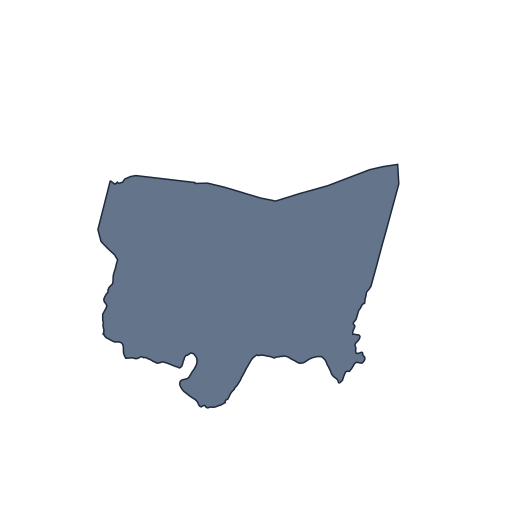 Thamazo, Dennery, Saint Lucia, rotated 50°
{"feature_id": "8701671B30671419360126", "entity_name": "Thamazo", "entity_type": "district", "adm_level": 2, "iso_a3": "LCA", "parent_name": "Saint Lucia", "parent_adm1": "Dennery", "projection": "natural_earth1", "projection_center": [-60.943, 13.934], "detail": "fine", "context": "isolated", "style": "filled", "palette": "slate", "viewbox_px": 512, "rotation_deg": 50, "n_neighbors": 0, "source": "geoboundaries", "source_scale": "gbopen_adm2", "svg_char_len": 6073}
<svg xmlns="http://www.w3.org/2000/svg" viewBox="0 0 512 512"><g transform="rotate(50 256 256)"><path d="M398.1,274.1L398.9,273.9L399.5,273.8L400.1,273.6L401.2,273.4L402.8,273.2L403.3,273.2L404.4,273.4L404.6,273.5L405.2,273.8L405.8,274.1L406.0,274.2L406.3,274.1L406.6,273.9L407.0,273.4L406.8,269.7L404.2,265.5L402.4,261.8L402.8,260.4L404.4,258.6L403.8,255.5L403.1,253.1L401.8,249.8L401.9,247.4L405.4,244.5L406.2,243.7L406.1,241.8L405.7,240.3L405.2,239.2L405.0,238.9L404.0,238.1L402.9,237.7L402.2,237.7L400.7,237.9L400.2,237.6L399.8,237.3L399.3,236.9L398.8,236.7L398.3,236.6L397.7,236.9L397.5,237.1L397.2,237.9L396.9,239.3L396.2,240.0L395.7,241.2L394.9,241.7L394.4,241.6L393.4,241.2L392.8,240.7L391.8,239.8L391.2,239.1L390.7,238.7L389.8,238.2L388.2,237.7L387.8,237.4L387.3,236.8L387.0,236.1L386.8,235.3L386.6,232.7L386.2,231.0L385.6,229.5L385.0,228.6L384.5,228.1L383.9,227.9L383.2,227.9L382.5,228.1L382.2,228.3L381.1,229.4L379.7,230.5L378.7,231.5L378.5,231.8L378.1,232.2L377.8,232.0L377.3,231.6L376.6,230.9L375.9,230.0L375.0,228.3L374.0,226.3L373.5,225.6L373.1,225.2L372.3,225.1L371.8,225.1L371.3,225.2L370.7,225.1L370.2,224.8L369.8,224.3L369.6,223.8L369.4,222.9L369.1,221.0L368.9,220.1L368.5,219.5L365.6,215.1L364.7,213.8L364.4,213.2L364.0,212.7L363.8,212.2L363.6,211.7L363.4,211.1L363.3,210.1L362.3,207.6L361.8,206.8L361.7,206.3L361.6,205.2L361.6,204.0L361.8,203.6L362.1,203.3L360.4,201.4L359.0,200.0L357.1,197.2L355.5,195.5L354.7,194.4L354.1,190.7L353.1,187.4L341.3,170.3L328.1,151.5L320.4,140.2L309.1,124.0L292.6,100.3L276.9,88.6L269.1,101.4L262.9,113.5L248.3,155.8L236.1,182.7L226.5,205.7L214.3,215.4L182.8,236.1L169.0,246.3L161.3,256.0L160.4,255.6L117.1,296.4L114.4,301.2L112.7,307.1L113.7,310.7L112.0,314.7L110.3,314.7L110.3,317.9L105.2,319.1L105.0,319.7L134.1,360.1L145.1,365.3L146.9,365.3L155.3,364.7L160.2,364.1L164.2,363.5L167.0,364.1L169.9,364.4L172.8,368.7L174.9,371.4L177.0,374.8L179.1,377.8L181.4,380.0L183.5,381.8L185.1,383.9L185.3,386.1L185.6,388.8L186.9,391.3L188.5,392.5L189.0,395.3L190.0,398.0L191.3,400.5L193.7,401.7L195.8,401.7L197.6,402.0L199.2,403.5L202.1,410.9L204.9,413.3L207.3,415.1L208.6,415.4L210.2,417.3L211.7,418.5L214.9,420.0L217.0,422.2L217.3,423.0L217.6,422.5L218.2,423.1L218.4,423.1L219.1,423.2L219.3,423.3L220.5,423.3L220.8,423.4L221.5,423.4L221.8,423.3L222.5,423.1L222.9,423.0L223.7,422.7L224.5,422.3L225.5,421.9L226.3,421.6L226.5,421.6L227.1,421.4L228.3,420.8L229.4,420.4L229.7,420.2L230.8,419.7L231.1,419.5L231.3,419.2L231.6,418.7L231.8,418.6L231.9,418.4L232.3,417.9L232.5,417.5L232.7,417.4L233.4,416.6L233.6,416.5L233.8,416.2L234.3,415.8L234.6,415.7L234.8,415.5L235.0,415.4L235.3,415.3L235.9,415.0L236.6,414.9L237.6,414.9L237.9,415.0L238.0,415.0L238.3,415.1L238.8,415.3L239.0,415.3L239.6,415.6L240.6,416.3L241.5,417.0L241.8,417.1L242.7,418.0L243.4,418.5L243.5,418.6L244.1,419.1L244.5,419.4L245.4,420.0L245.6,420.0L246.3,420.3L247.1,420.6L247.6,420.8L250.6,421.5L251.1,420.9L251.7,420.0L251.9,419.7L252.4,419.1L252.8,418.5L253.1,418.1L253.4,417.7L254.5,416.3L254.6,416.1L254.9,415.8L255.7,415.3L256.1,415.1L256.3,414.9L256.6,414.8L256.7,414.6L257.0,414.5L257.2,414.2L257.4,414.0L257.9,413.3L258.1,413.2L258.2,412.8L258.3,412.6L258.7,411.4L258.8,411.1L258.8,410.9L258.8,410.7L258.9,409.9L259.0,409.4L259.2,408.9L259.7,408.2L261.6,407.5L262.1,406.8L262.6,406.2L262.9,405.9L263.5,405.5L264.2,405.1L264.4,405.0L264.8,405.0L265.3,404.8L265.6,404.6L266.4,404.1L267.3,403.7L268.4,403.2L269.1,402.9L269.8,402.8L270.4,402.6L272.1,401.8L272.9,401.3L273.2,401.2L273.9,401.0L274.3,400.9L274.5,400.6L275.0,399.9L275.6,399.0L276.0,398.1L276.1,397.7L276.3,397.2L276.8,396.3L277.1,395.7L277.4,395.3L277.6,395.0L278.4,394.7L279.0,394.2L280.1,393.5L281.0,392.9L281.8,392.5L282.4,392.2L283.5,391.5L284.5,391.0L285.2,390.7L286.1,390.1L286.8,389.8L289.7,388.2L290.3,387.6L292.3,386.8L292.8,386.0L292.7,383.7L291.8,382.0L291.1,381.1L290.0,379.6L288.9,377.4L288.1,376.5L287.7,375.5L287.1,373.5L287.8,372.4L288.1,371.4L288.2,369.0L288.8,367.9L290.8,366.6L294.5,366.7L296.2,367.2L298.6,368.7L300.3,370.6L301.4,372.4L301.5,372.7L303.0,376.4L303.6,379.0L305.0,383.0L305.9,385.9L305.7,387.3L305.3,388.5L304.1,390.9L303.3,392.5L303.3,394.6L304.0,395.7L305.4,397.0L307.5,397.8L309.9,398.3L313.4,398.3L319.9,396.9L321.4,396.6L324.4,395.7L327.0,394.8L330.1,394.7L331.3,395.0L333.4,395.6L334.7,395.7L335.3,395.5L336.4,395.0L336.5,393.7L337.1,391.9L337.9,391.3L339.0,391.5L340.0,391.3L341.1,390.9L341.7,389.8L342.3,388.1L344.3,386.1L345.4,384.4L346.1,382.6L346.5,380.9L347.2,379.8L347.5,379.2L348.4,374.2L348.5,374.0L348.4,374.0L347.3,372.7L347.0,371.7L347.2,371.0L347.5,369.7L347.0,368.4L345.0,363.8L344.4,361.5L344.2,358.6L343.4,357.0L343.1,354.2L342.4,351.7L341.0,347.6L339.9,345.5L339.7,345.1L339.3,343.8L338.3,341.3L337.6,339.5L335.7,335.1L334.8,332.4L334.2,331.0L333.8,329.6L333.5,328.9L333.1,327.9L332.4,325.7L332.3,325.1L332.1,324.2L332.1,323.0L332.0,321.9L332.1,321.2L332.2,320.1L332.3,319.4L332.5,318.8L333.2,318.5L334.0,317.9L334.3,317.6L334.4,317.2L334.8,316.3L335.1,315.9L336.3,314.6L337.5,313.5L339.4,312.2L340.1,311.5L341.6,310.2L342.7,309.4L343.9,308.7L345.4,307.9L345.8,307.6L346.0,307.3L346.1,307.1L346.2,306.6L346.5,305.4L346.8,304.8L347.2,304.2L347.8,303.5L348.1,303.0L348.5,302.2L348.7,301.8L348.9,301.4L349.2,301.0L349.8,300.5L350.1,299.8L350.4,299.3L350.7,298.8L351.1,298.4L351.7,297.9L353.0,296.9L353.9,296.5L354.9,296.0L355.2,295.9L356.6,295.5L357.2,295.4L361.2,293.6L362.2,293.3L364.4,292.5L365.8,291.8L366.2,291.5L366.4,291.2L366.8,290.8L367.3,289.9L368.0,288.8L368.2,288.4L368.4,287.9L368.6,286.8L368.7,286.1L368.8,285.6L368.8,285.1L368.9,284.3L369.1,282.5L369.1,282.1L369.3,281.1L369.5,280.6L370.0,278.8L370.9,276.6L371.2,276.0L372.0,274.5L372.3,273.9L373.4,272.6L374.0,271.9L374.8,271.0L375.1,270.6L375.6,270.4L376.1,270.3L377.4,270.1L378.4,270.0L379.2,269.9L380.4,269.9L381.4,270.1L382.4,270.4L383.0,270.6L384.4,271.1L384.9,271.3L385.4,271.4L386.8,271.6L389.1,272.2L389.7,272.3L390.1,272.4L390.4,272.5L392.1,272.9L394.2,273.7L394.6,273.9L396.3,274.1L397.5,274.1L398.1,274.1Z" fill="#64748b" stroke="#1e293b" stroke-width="1.5"/></g></svg>